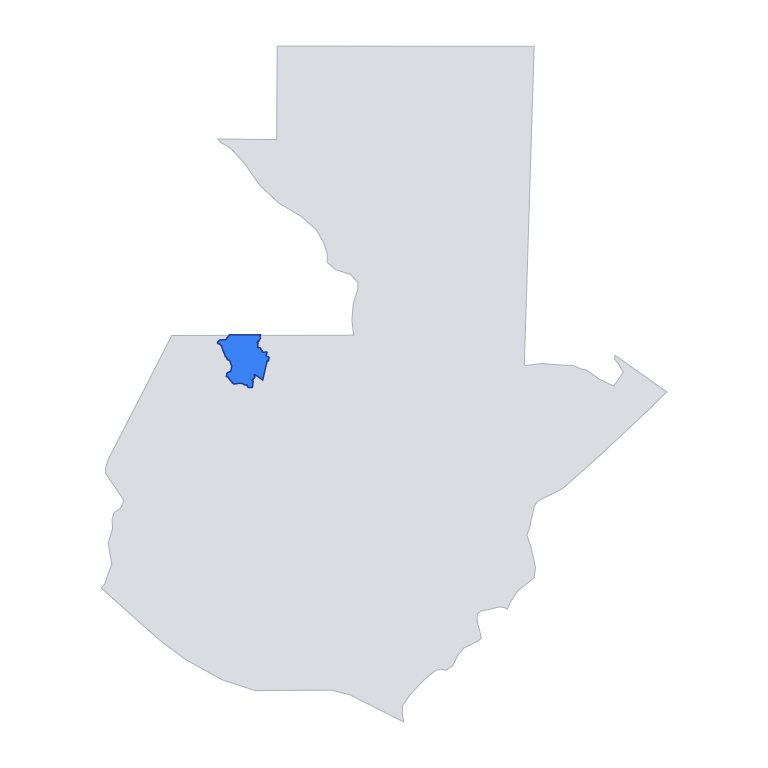 Barillas, Huehuetenango, Guatemala shown in context
{"feature_id": "79465075B26055354107156", "entity_name": "Barillas", "entity_type": "district", "adm_level": 2, "iso_a3": "GTM", "parent_name": "Guatemala", "parent_adm1": "Huehuetenango", "projection": "natural_earth1", "projection_center": [-91.212, 15.915], "detail": "fine", "context": "in_parent", "style": "filled", "palette": "blue", "viewbox_px": 768, "rotation_deg": 0, "n_neighbors": 0, "source": "geoboundaries", "source_scale": "gbopen_adm2", "svg_char_len": 4662}
<svg xmlns="http://www.w3.org/2000/svg" viewBox="0 0 768 768"><path d="M101.2,588.0L104.9,583.8L108.0,574.0L111.9,563.9L109.6,552.3L108.2,542.8L112.5,529.1L112.1,518.8L114.2,512.4L120.6,508.3L124.0,500.4L105.7,473.4L105.7,467.2L108.2,459.6L123.0,430.7L140.7,396.3L160.1,358.3L171.9,335.5L214.5,335.4L242.7,335.4L278.6,335.4L317.6,335.3L343.1,335.3L353.7,335.1L351.9,320.2L353.2,303.8L357.9,288.9L357.9,282.3L350.2,274.3L335.5,269.6L327.3,262.5L327.2,253.5L323.6,242.6L316.4,229.8L301.6,216.7L279.1,203.3L259.9,185.4L244.1,162.8L230.7,148.3L220.4,142.2L218.0,139.0L248.1,139.3L276.7,139.6L276.8,107.2L277.0,78.5L277.2,46.1L328.8,46.1L390.4,46.2L454.4,46.3L504.6,46.3L534.2,46.3L532.9,86.6L531.5,133.1L530.4,167.4L529.0,213.1L527.6,259.8L525.6,323.4L524.3,364.6L525.0,365.5L541.8,363.6L566.7,365.4L572.8,365.2L580.4,368.8L586.3,369.9L599.0,379.1L613.8,386.2L623.3,372.0L618.3,363.5L614.5,359.1L615.1,355.3L666.8,392.0L660.7,397.6L647.6,410.7L623.9,433.0L602.6,453.0L582.1,471.2L563.7,487.5L561.5,489.1L538.1,500.8L534.2,506.1L529.2,529.2L526.9,534.9L531.2,547.7L535.5,567.5L534.1,577.8L517.9,590.6L510.5,602.0L507.2,609.4L504.3,607.5L499.3,606.9L487.7,609.8L482.1,610.4L477.4,613.7L477.0,620.8L480.1,632.4L481.2,638.4L477.9,641.1L463.7,648.1L458.0,654.9L452.7,665.6L446.4,670.0L439.9,669.2L435.2,670.8L425.3,678.7L410.4,694.2L402.5,705.7L402.3,714.2L403.8,721.9L349.5,694.7L331.4,690.1L255.2,690.6L222.4,679.9L185.2,659.3L160.0,640.5L101.2,588.0Z" fill="#d9dde1" stroke="#a8b0b8" stroke-width="1"/><path d="M262.7,380.1L262.8,379.6L263.0,378.9L263.2,378.0L263.4,377.3L263.5,376.6L263.9,374.8L264.0,374.4L264.1,374.1L264.3,373.4L264.8,371.1L265.0,370.0L265.7,367.2L265.9,366.1L266.7,363.2L267.0,361.5L267.4,360.5L267.5,360.5L268.3,361.0L268.4,360.9L268.5,360.7L268.6,360.2L268.6,359.9L268.9,358.7L269.0,358.0L269.1,357.7L269.1,357.4L268.9,357.2L266.2,356.0L266.4,354.7L267.1,352.3L267.1,352.2L266.8,352.0L266.7,352.0L266.1,352.0L265.6,352.0L263.8,352.2L262.4,352.1L262.2,352.0L262.1,351.9L261.9,351.6L261.9,351.3L262.0,351.2L262.3,350.9L262.4,350.6L262.1,350.5L261.8,350.5L261.7,350.4L261.4,350.1L261.0,349.5L260.7,348.7L260.6,348.3L260.5,348.1L260.4,347.9L260.1,347.8L259.1,347.8L258.9,347.8L258.7,347.8L258.6,347.7L258.2,347.4L258.1,347.2L257.9,347.1L257.5,347.0L257.5,346.8L257.8,346.0L257.8,344.6L257.8,344.3L257.9,343.8L258.2,343.3L258.2,343.1L257.5,342.8L257.3,342.8L257.1,342.4L257.1,342.0L257.9,341.4L258.9,341.2L259.0,341.1L259.2,340.8L259.0,340.4L259.0,340.1L259.8,339.2L260.0,338.8L260.6,338.4L260.6,338.0L260.3,337.4L260.2,337.2L259.9,336.6L259.9,336.0L260.5,335.1L260.5,334.8L229.3,334.8L229.3,335.2L229.2,335.4L228.8,335.9L228.2,336.5L227.7,337.1L226.6,338.2L226.4,338.5L226.2,339.0L226.0,339.3L225.7,339.6L225.2,339.8L223.8,339.9L222.8,339.8L221.6,340.0L220.5,339.9L220.0,339.9L219.6,340.2L218.5,341.2L217.9,342.0L217.6,342.2L217.5,342.4L217.5,343.0L218.0,343.5L218.7,343.7L218.7,343.8L219.8,344.2L220.5,344.9L221.3,345.9L221.3,346.0L221.6,346.3L221.7,346.6L221.8,346.9L221.8,347.1L221.9,347.3L222.2,348.0L222.5,349.4L222.7,350.0L223.0,350.5L223.9,352.8L224.3,353.4L224.6,354.1L224.8,354.8L225.0,355.7L225.3,356.3L225.5,356.6L225.8,356.8L226.0,356.9L226.1,357.0L227.0,358.2L227.1,358.3L227.2,359.1L227.2,359.3L227.3,359.4L227.4,359.6L227.6,359.7L227.7,359.8L228.6,360.0L229.0,360.1L229.3,360.3L229.5,360.5L229.8,360.9L229.9,361.2L230.1,361.5L230.3,362.1L230.5,363.1L230.8,364.0L231.1,364.7L231.4,365.1L231.6,365.5L231.7,365.8L231.8,366.2L231.7,366.6L231.7,367.0L231.5,367.7L231.3,368.7L231.2,369.4L231.0,370.2L230.9,370.6L230.7,371.0L230.5,371.3L230.2,371.5L229.8,371.8L229.4,371.9L228.4,372.2L228.0,372.4L227.3,373.0L227.1,373.2L226.7,373.9L226.7,375.0L226.4,376.0L226.3,376.6L227.2,376.8L228.1,377.2L228.3,377.5L228.6,378.2L229.3,379.0L230.5,380.6L231.4,381.5L232.1,382.3L232.3,382.8L232.7,383.1L233.2,383.6L233.7,383.8L234.1,384.0L235.0,383.8L236.1,383.8L236.9,383.6L237.1,383.6L239.1,383.3L240.4,383.4L241.6,383.4L242.6,383.6L243.1,383.8L243.8,384.6L244.3,384.8L245.2,385.0L246.5,384.9L246.8,384.9L246.9,385.0L247.0,385.4L247.0,385.6L247.3,386.2L247.6,386.7L247.9,387.0L248.3,387.3L248.7,387.5L249.1,387.5L249.4,387.6L249.9,387.6L250.3,387.5L250.5,387.5L250.8,387.5L251.2,387.5L252.2,387.5L252.3,387.4L252.5,387.1L252.7,386.0L252.7,385.3L252.7,384.7L252.7,383.8L253.0,382.4L253.1,381.9L253.1,381.6L253.2,381.2L252.8,380.9L251.8,380.5L251.8,380.2L252.0,380.0L252.5,379.6L253.0,379.3L253.8,378.7L254.9,377.0L254.9,376.9L254.9,376.6L254.4,375.6L254.2,375.1L254.2,374.9L255.2,374.8L255.4,374.8L255.5,374.9L256.4,375.6L256.8,375.8L258.0,376.6L259.1,377.5L260.5,378.5L261.0,378.8L262.7,380.1Z" fill="#3b82f6" stroke="#1e3a8a" stroke-width="1.5"/></svg>